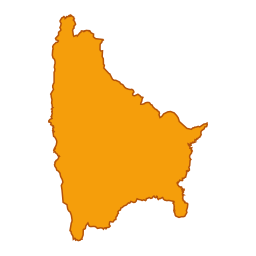 Tlanchinol, Hidalgo, Mexico (Robinson projection)
{"feature_id": "50627088B11315942998338", "entity_name": "Tlanchinol", "entity_type": "district", "adm_level": 2, "iso_a3": "MEX", "parent_name": "Mexico", "parent_adm1": "Hidalgo", "projection": "robinson", "projection_center": [-98.632, 21.045], "detail": "fine", "context": "isolated", "style": "filled", "palette": "amber", "viewbox_px": 256, "rotation_deg": 0, "n_neighbors": 0, "source": "geoboundaries", "source_scale": "gbopen_adm2", "svg_char_len": 5784}
<svg xmlns="http://www.w3.org/2000/svg" viewBox="0 0 256 256"><path d="M184.7,216.3L186.9,212.5L186.4,210.5L187.4,207.5L187.8,204.0L187.4,203.4L184.7,202.6L184.8,201.5L183.4,200.7L183.0,200.0L183.1,199.2L182.6,198.7L183.0,196.0L182.7,195.6L183.1,195.0L183.7,194.9L183.2,194.6L182.8,195.0L182.5,194.7L182.7,193.0L183.8,191.7L183.0,192.1L183.5,191.0L183.3,190.9L182.6,191.6L182.2,191.0L182.6,190.0L183.4,190.1L183.3,190.6L183.6,190.4L183.9,190.2L183.5,189.8L183.8,189.8L184.5,188.8L183.0,189.6L182.9,190.0L182.4,189.1L182.0,189.2L182.3,188.5L181.4,187.6L181.9,186.6L180.8,187.6L180.2,186.8L179.1,186.6L178.4,185.4L177.9,185.1L177.1,183.0L177.5,182.4L177.9,182.8L178.2,182.4L178.4,182.6L179.7,180.4L179.9,180.7L181.1,180.3L182.1,180.7L182.8,180.0L182.4,178.3L184.0,178.2L184.7,177.4L185.6,177.2L186.7,173.0L186.5,171.0L187.3,170.6L188.0,171.4L189.4,170.1L189.3,168.6L188.8,167.4L189.7,165.6L190.1,160.2L190.9,159.5L189.7,157.8L189.6,156.1L189.9,155.2L191.6,152.8L191.7,151.6L192.3,151.0L192.2,150.8L192.0,151.2L191.0,151.1L191.3,151.0L191.3,149.0L191.7,147.8L190.8,148.0L190.5,148.5L189.9,148.3L190.1,147.8L189.8,146.9L190.0,146.1L189.1,145.8L188.9,145.3L189.2,145.0L188.4,144.8L188.2,143.9L190.0,144.8L190.6,144.5L190.4,145.5L191.1,145.3L190.6,143.3L191.6,143.3L192.7,142.3L193.1,142.8L193.8,142.2L194.4,142.4L195.2,142.0L194.8,141.9L195.0,139.7L196.1,140.1L196.8,138.7L197.6,139.0L198.2,138.0L200.0,136.9L200.0,136.4L200.7,135.7L201.2,134.3L200.9,133.6L201.0,131.6L201.7,130.6L204.2,128.8L204.7,127.0L206.6,126.6L207.2,124.7L207.0,123.1L205.9,123.8L203.9,124.1L199.8,126.9L198.2,126.4L195.9,127.2L194.9,127.1L193.8,127.9L193.0,127.8L191.3,129.3L186.9,128.4L179.3,121.5L178.2,117.9L176.6,115.5L174.2,112.9L170.5,111.5L167.7,111.9L163.7,113.9L161.8,116.5L160.0,117.6L159.0,114.7L159.5,113.5L159.0,111.8L157.2,110.5L156.9,109.8L155.1,109.0L152.9,106.8L152.0,105.0L150.8,104.6L149.8,103.1L149.0,102.5L147.2,102.4L145.1,102.9L144.6,103.6L142.2,104.3L140.7,104.2L140.8,103.1L141.8,101.0L142.1,99.0L142.9,97.4L140.6,96.8L140.2,95.9L137.9,94.2L134.6,95.8L133.2,95.5L132.7,94.8L132.7,93.4L133.8,92.4L133.8,91.5L133.1,90.2L131.8,89.3L131.2,89.6L128.8,89.3L126.2,88.4L124.8,87.4L122.8,84.7L120.6,83.7L119.6,82.1L115.9,80.3L114.1,80.3L112.5,79.3L109.7,73.8L109.0,73.6L103.8,68.0L104.4,65.2L103.5,64.4L103.3,58.8L102.2,56.6L102.5,50.8L101.0,51.0L100.5,50.7L100.0,49.6L100.1,44.7L100.4,43.7L101.7,42.5L102.3,40.3L102.8,40.4L103.3,40.0L103.0,39.5L95.8,38.7L94.7,38.0L93.4,36.8L93.6,34.1L91.0,32.8L90.0,31.1L89.7,30.8L89.2,31.2L89.0,30.7L88.6,30.6L86.1,30.4L85.5,30.8L84.7,30.8L84.5,31.4L83.8,31.5L83.8,31.1L81.4,30.9L80.8,32.3L80.1,32.6L77.4,35.8L77.3,35.2L77.2,35.6L76.3,35.3L73.9,36.4L73.4,35.5L72.6,30.3L73.2,28.8L74.1,28.0L73.8,26.9L74.1,25.9L74.4,25.9L75.6,24.2L74.4,21.2L73.3,20.0L74.3,18.9L73.9,18.5L73.7,17.2L71.8,16.1L71.5,15.5L70.9,15.7L70.7,15.4L70.5,15.9L70.0,15.4L69.4,16.1L69.2,15.5L68.9,15.6L67.9,16.8L66.6,16.6L66.3,17.5L65.1,18.5L65.0,17.4L64.2,17.1L64.2,16.8L63.9,16.5L62.6,17.6L61.8,17.9L60.0,20.9L60.2,21.8L61.2,23.5L60.7,25.8L59.9,27.6L60.8,29.3L60.8,30.3L58.6,32.2L58.5,35.2L55.5,38.3L56.1,39.9L58.1,40.5L58.4,41.0L57.5,42.3L56.1,42.5L54.9,43.7L53.5,45.0L52.7,46.6L53.1,49.1L52.7,49.9L52.3,55.1L53.0,57.9L54.4,59.3L55.0,61.1L55.1,63.6L54.7,64.5L54.3,67.4L54.9,69.1L54.7,71.3L54.1,72.1L54.1,82.8L53.6,83.4L52.7,85.8L52.8,87.5L53.5,89.4L50.7,94.1L51.1,94.8L51.3,97.0L52.0,99.8L51.6,103.1L52.1,104.5L52.3,107.4L52.9,107.6L51.5,109.0L52.0,109.3L52.2,111.4L51.8,111.6L51.8,112.0L52.3,113.2L51.7,115.4L51.9,116.0L51.1,116.5L52.0,118.5L50.1,119.3L48.9,120.6L48.8,121.6L49.1,121.5L49.5,121.8L49.4,122.1L50.9,122.7L51.1,123.4L50.7,124.6L52.2,125.3L52.3,125.9L52.9,126.2L53.4,126.0L53.7,127.7L52.9,127.9L52.8,129.1L53.4,130.2L52.8,130.5L53.4,131.2L53.2,131.6L54.0,131.8L53.5,132.4L53.0,132.1L53.6,136.3L54.8,137.1L56.2,139.5L56.7,141.0L56.8,142.1L56.2,145.2L54.8,147.8L55.2,148.3L55.1,148.8L54.1,149.8L54.0,149.6L53.7,150.4L54.2,151.1L54.1,151.6L54.4,151.4L55.2,151.9L55.1,152.4L57.4,154.3L57.9,155.7L58.9,156.2L59.1,155.9L59.5,156.4L58.7,156.9L58.4,158.3L57.5,159.6L56.0,160.5L55.7,161.6L55.2,161.7L54.9,162.5L55.0,163.7L54.5,164.6L54.9,166.3L56.1,168.0L56.8,170.2L58.4,171.1L60.1,173.3L60.0,173.7L60.7,176.6L62.3,179.7L62.9,182.2L61.3,185.5L62.0,189.9L63.1,202.3L67.0,204.7L67.7,209.0L68.7,210.9L70.2,212.1L71.4,215.4L72.1,220.3L71.8,222.0L71.3,223.0L70.0,230.7L71.0,231.4L71.3,233.4L72.9,236.1L73.3,239.3L74.4,238.3L75.0,238.3L75.3,238.6L75.2,239.4L75.7,240.2L76.7,239.6L78.2,240.6L80.0,240.2L81.0,239.2L82.0,239.2L81.9,238.3L83.1,235.0L83.3,229.7L83.7,229.2L84.5,229.2L85.3,228.5L85.9,225.7L87.9,223.0L89.0,225.8L89.6,226.3L90.7,226.6L93.4,226.4L95.4,226.6L97.5,228.4L100.7,227.8L102.7,228.2L103.4,229.2L104.4,228.0L105.5,227.9L106.0,228.8L106.3,228.5L106.3,227.7L108.9,227.3L110.1,226.2L110.0,225.6L109.2,224.8L109.7,222.0L110.5,221.5L112.0,222.0L113.1,221.9L114.5,219.9L115.9,219.5L115.9,217.2L117.1,215.8L117.5,214.1L118.4,213.3L117.9,211.8L118.9,210.6L120.4,210.0L120.8,208.1L122.0,207.6L124.2,205.8L126.2,205.1L128.5,202.9L129.7,203.1L130.9,201.4L133.8,202.5L135.1,202.2L136.1,201.1L137.1,198.8L138.7,199.5L140.9,199.9L142.1,200.5L143.8,199.8L145.5,200.6L146.0,200.2L146.4,198.6L147.6,198.4L149.1,197.5L150.8,198.4L152.4,197.8L153.0,196.7L153.9,196.1L154.3,196.2L154.6,197.1L155.5,197.7L156.3,197.3L156.6,196.3L157.2,196.5L157.5,198.3L158.3,199.5L159.4,198.6L160.5,198.6L162.2,197.5L162.7,197.5L163.3,198.9L164.5,200.0L166.7,200.6L168.9,200.4L173.8,201.4L174.0,201.8L173.5,201.8L173.5,202.5L173.1,202.7L173.0,203.2L173.8,203.9L174.3,206.7L174.0,207.0L174.3,208.4L174.0,208.9L174.4,209.4L173.8,210.2L174.1,211.5L174.5,211.4L174.2,212.0L174.9,213.4L175.2,215.1L175.9,216.1L179.0,217.4L181.4,216.7L183.3,216.7L184.7,216.3Z" fill="#f59e0b" stroke="#b45309" stroke-width="1.5"/></svg>